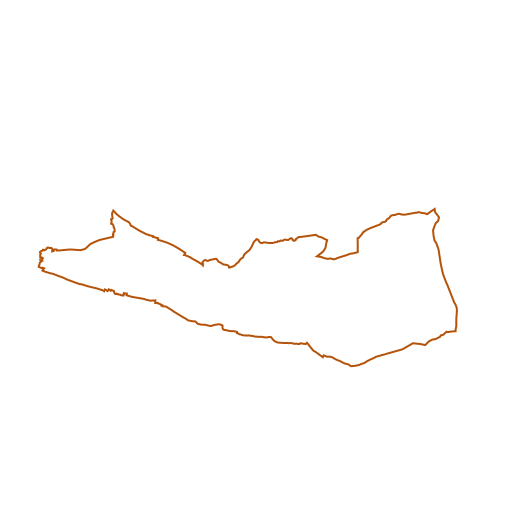 the district of Madaras, Harghita, Romania, rotated 193°
{"feature_id": "2599482B49810777823096", "entity_name": "Madaras", "entity_type": "district", "adm_level": 2, "iso_a3": "ROU", "parent_name": "Romania", "parent_adm1": "Harghita", "projection": "mercator", "projection_center": [25.698, 46.477], "detail": "fine", "context": "isolated", "style": "outline", "palette": "amber", "viewbox_px": 512, "rotation_deg": 193, "n_neighbors": 0, "source": "geoboundaries", "source_scale": "gbopen_adm2", "svg_char_len": 6084}
<svg xmlns="http://www.w3.org/2000/svg" viewBox="0 0 512 512"><g transform="rotate(193 256 256)"><path d="M92.5,342.0L96.2,338.1L98.6,335.2L100.9,335.6L103.4,335.3L107.7,335.3L109.0,334.3L110.2,334.1L120.4,329.7L122.7,329.3L124.3,329.2L125.4,329.4L126.5,329.2L128.7,328.1L129.6,327.3L132.2,326.5L133.3,325.7L134.0,324.9L134.5,323.6L135.1,322.6L136.9,320.7L137.1,319.3L138.1,318.3L139.8,317.6L141.3,316.4L141.8,315.1L143.1,314.1L150.5,309.1L153.6,306.8L155.1,305.3L155.6,304.4L156.7,303.9L156.8,303.1L157.4,302.3L157.6,301.3L159.1,298.5L159.8,296.9L161.0,296.2L159.0,288.2L158.7,286.5L157.7,282.7L158.2,282.3L159.8,281.6L161.7,280.5L164.5,279.5L168.1,277.1L176.4,272.3L177.2,271.5L179.2,270.3L183.1,270.3L185.6,269.3L189.4,269.3L192.1,269.7L196.5,269.4L192.3,274.5L191.4,275.9L190.9,277.2L190.2,279.7L190.2,281.6L190.4,284.4L190.4,285.7L190.2,286.6L190.2,287.5L193.1,288.0L195.5,288.8L199.9,289.1L202.4,290.1L216.2,284.8L218.3,284.2L219.2,283.6L220.2,282.1L220.5,282.0L221.0,281.4L221.1,281.2L221.0,280.3L221.1,280.2L222.5,279.3L223.0,279.4L223.1,279.7L223.4,279.9L223.9,279.9L225.0,281.2L225.6,281.3L226.0,281.1L226.8,280.5L228.3,278.8L229.6,278.6L230.8,278.6L231.7,278.5L232.8,277.5L233.1,277.1L233.8,276.7L235.2,276.7L235.8,276.4L236.3,275.6L236.7,275.4L237.9,275.4L238.7,274.2L239.6,274.1L241.2,273.3L242.2,272.6L243.5,272.2L247.0,271.5L248.7,271.4L251.2,271.1L251.8,270.9L252.7,270.0L254.1,269.8L255.5,270.3L256.4,271.0L257.3,272.2L257.7,272.4L259.4,272.5L259.9,271.1L260.7,270.3L261.3,269.0L262.3,264.2L263.3,261.3L264.3,259.4L265.4,258.4L266.6,256.5L267.4,255.6L268.1,253.6L268.1,252.7L268.3,251.6L269.5,250.6L271.1,248.2L271.2,247.8L271.1,247.5L271.6,246.4L271.7,246.1L273.5,244.0L274.0,242.8L274.7,241.9L276.0,240.7L278.8,239.1L279.0,238.8L279.7,238.7L279.7,239.2L280.0,239.8L280.9,240.4L282.3,240.7L285.3,240.5L286.3,240.5L288.5,241.4L290.9,241.9L291.6,242.3L292.8,243.5L293.8,244.2L294.3,244.3L300.0,241.8L301.7,240.4L302.4,240.3L304.6,240.7L305.4,240.1L306.3,238.7L307.0,236.7L305.7,236.2L305.7,235.0L306.0,235.3L306.8,235.7L311.3,237.3L318.9,239.5L319.8,240.0L325.3,240.9L326.3,240.8L325.6,243.1L332.2,245.6L338.7,247.6L341.8,248.3L345.6,249.0L350.8,249.5L355.4,249.7L355.4,251.3L360.7,251.5L360.7,252.2L365.1,252.2L365.3,252.5L366.1,252.6L367.5,252.5L368.1,252.6L371.1,253.5L371.7,253.5L376.5,254.8L383.8,257.3L384.5,257.2L387.1,260.2L393.7,262.0L398.8,264.2L401.3,265.5L405.2,268.1L405.2,267.5L405.8,265.9L405.7,264.5L404.2,260.3L404.4,259.9L405.3,259.5L405.4,259.0L405.2,258.4L404.8,258.0L404.4,257.1L404.3,256.3L404.5,255.1L404.4,254.8L403.0,254.8L402.2,254.2L401.7,253.4L401.3,252.7L401.1,251.8L400.4,251.2L399.9,250.5L399.3,248.5L399.4,248.4L399.5,247.8L400.2,247.2L400.1,246.3L400.2,245.5L399.8,244.8L400.2,244.6L399.5,242.6L412.1,236.4L416.0,233.6L420.1,230.4L422.5,226.7L424.3,224.3L428.3,222.2L437.8,220.7L440.0,220.1L449.4,217.0L451.3,216.6L451.6,217.4L452.8,217.3L454.6,216.8L454.2,215.4L454.9,215.0L455.2,214.7L455.7,214.6L455.7,216.4L456.8,217.7L457.5,217.8L459.0,217.3L459.5,217.4L460.6,217.5L461.6,216.6L461.5,216.3L461.5,216.2L462.3,214.9L462.6,214.8L463.4,214.1L463.8,214.0L464.2,214.2L464.6,214.3L465.0,214.2L465.0,213.7L465.2,213.2L466.8,212.1L467.3,211.5L467.4,211.2L467.2,210.7L466.1,209.9L466.6,209.0L466.4,208.4L466.3,207.4L465.8,205.8L465.7,205.7L465.1,205.7L464.5,206.4L463.2,205.9L463.4,205.4L464.7,204.7L463.9,204.7L463.1,203.4L463.9,203.2L464.9,203.4L465.1,203.4L464.8,202.9L464.1,202.5L464.0,202.3L464.3,201.9L465.1,201.1L465.1,199.0L465.0,198.8L465.3,198.1L465.3,196.6L461.6,195.9L461.3,196.5L459.7,196.3L460.7,193.7L457.5,193.2L452.6,192.9L450.0,193.0L448.1,192.7L440.8,191.7L439.9,191.7L434.4,190.5L421.3,188.9L420.3,189.2L418.6,189.0L418.0,189.2L413.8,188.7L403.9,188.6L396.8,188.0L396.1,187.5L395.9,188.2L395.6,189.5L392.7,188.4L392.0,190.4L389.7,189.5L389.4,190.4L388.1,190.1L386.6,190.0L386.3,189.4L385.9,188.4L384.6,187.3L383.7,187.8L383.1,187.8L383.0,188.0L382.5,187.9L382.5,187.6L381.4,187.6L380.0,187.8L378.7,187.4L376.4,187.6L376.5,188.9L376.1,188.9L376.3,190.1L374.7,190.1L373.4,190.3L373.3,188.6L368.4,188.3L365.4,188.4L357.3,188.9L354.9,188.9L353.7,188.7L348.9,188.7L344.1,190.1L343.7,187.6L342.1,187.8L341.8,188.1L341.0,188.2L340.6,187.8L337.3,187.3L337.2,186.5L335.8,186.8L335.6,186.0L332.2,186.5L327.4,184.8L326.6,184.6L323.5,183.3L320.6,182.4L317.5,181.3L312.0,179.5L311.3,179.4L307.5,178.0L303.5,178.1L300.5,178.6L299.2,178.0L298.4,177.2L297.7,176.9L294.6,176.8L293.4,176.9L290.0,177.6L288.0,177.5L285.1,177.5L283.7,177.8L283.2,178.1L282.7,178.6L279.5,180.2L278.6,180.4L277.3,181.0L275.7,181.2L274.1,181.1L273.4,180.9L272.9,180.6L272.6,178.8L272.4,178.3L271.6,177.2L270.2,176.7L269.7,177.0L265.0,177.0L263.2,177.2L260.8,177.8L260.3,177.7L258.9,177.8L257.5,177.8L257.2,176.9L257.2,176.6L256.0,176.5L254.5,176.0L252.7,176.1L251.7,175.8L249.3,176.0L246.2,176.6L244.3,177.2L243.2,177.0L241.6,177.3L238.6,177.3L233.9,178.1L232.7,178.5L229.0,178.7L226.8,179.2L224.8,180.2L223.1,180.3L219.6,177.6L216.7,176.7L215.0,176.6L208.7,177.6L206.3,178.2L204.4,178.4L202.5,179.1L198.5,179.1L197.7,179.5L196.5,179.8L195.5,179.6L193.7,180.1L193.3,180.9L187.7,181.4L186.9,182.9L184.7,181.5L184.7,181.2L179.4,177.1L178.4,176.5L176.5,176.0L168.1,172.4L167.7,174.4L164.2,173.9L161.7,174.5L159.2,174.5L155.3,173.3L152.2,172.7L150.3,172.5L147.6,171.7L145.0,171.2L141.6,171.2L138.7,170.0L135.5,171.0L131.4,172.8L129.0,174.5L126.2,176.2L124.2,178.4L121.6,180.6L118.1,183.2L116.7,184.6L92.4,198.0L83.4,206.3L76.0,207.2L71.1,207.3L69.8,209.3L68.5,211.5L66.8,213.0L65.2,214.3L62.7,215.3L61.4,216.1L60.5,217.1L58.6,218.5L58.3,219.0L58.3,219.6L58.1,219.8L57.9,220.4L56.9,220.9L56.1,221.1L55.5,221.8L55.3,222.3L55.0,222.5L54.7,222.9L54.5,223.5L53.3,225.1L52.2,224.9L49.1,226.2L44.6,227.6L44.9,228.6L45.1,233.0L46.1,237.2L46.8,240.5L47.8,247.2L48.5,250.0L49.2,251.4L50.9,253.8L52.4,255.3L63.2,271.1L65.3,273.8L69.8,280.6L71.4,283.9L74.1,289.6L77.6,298.4L78.1,299.7L79.7,303.6L83.2,309.0L85.6,311.4L87.4,315.3L89.3,321.0L88.3,328.5L86.4,331.1L86.4,334.8L88.8,337.0L90.9,338.5L91.8,340.0L92.5,342.0Z" fill="none" stroke="#b45309" stroke-width="2"/></g></svg>